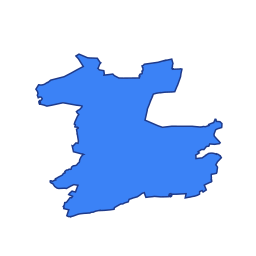 Zaļenieku pag., Jelgava, Latvia, rotated 342°
{"feature_id": "27541924B28600018737203", "entity_name": "Zaļenieku pag.", "entity_type": "district", "adm_level": 2, "iso_a3": "LVA", "parent_name": "Latvia", "parent_adm1": "Jelgava", "projection": "equal_earth", "projection_center": [23.49, 56.518], "detail": "fine", "context": "isolated", "style": "filled", "palette": "blue", "viewbox_px": 256, "rotation_deg": 342, "n_neighbors": 0, "source": "geoboundaries", "source_scale": "gbopen_adm2", "svg_char_len": 5449}
<svg xmlns="http://www.w3.org/2000/svg" viewBox="0 0 256 256"><g transform="rotate(342 128 128)"><path d="M198.1,198.4L199.0,197.3L199.7,195.6L200.8,193.5L201.0,192.8L200.2,190.1L202.5,187.9L202.8,187.7L207.6,185.1L207.3,183.7L207.1,183.6L207.2,183.0L205.4,180.8L204.2,179.9L204.0,180.3L202.5,179.1L201.5,178.5L200.0,177.8L199.0,177.5L196.8,177.1L193.8,177.9L193.5,177.9L193.5,178.1L189.1,179.4L188.2,179.1L183.2,178.1L183.4,177.3L183.7,176.6L184.0,174.7L186.9,174.0L188.0,173.7L187.3,172.3L191.1,171.2L192.6,171.6L193.5,172.0L196.9,169.8L199.2,170.3L200.8,168.4L205.3,170.3L208.4,170.8L209.8,171.1L210.1,171.1L211.1,170.5L210.3,168.5L209.1,166.0L207.5,162.3L207.9,160.4L210.8,156.8L211.8,156.6L213.2,156.4L217.2,156.5L217.5,156.0L218.1,154.5L218.7,152.8L217.4,150.4L214.1,149.0L214.3,147.0L213.6,146.6L211.2,149.3L208.0,149.4L205.8,149.6L205.9,150.6L202.0,150.7L200.0,149.8L198.7,149.8L197.3,149.4L197.2,149.5L190.7,146.7L189.6,146.2L170.0,139.8L161.0,138.0L157.3,135.2L146.6,125.8L151.6,117.4L152.3,115.9L155.2,112.5L156.7,110.6L158.5,108.4L158.4,108.4L158.5,108.3L158.8,108.1L161.0,105.6L160.9,105.5L162.6,103.6L165.7,103.7L169.6,104.3L169.6,104.5L174.0,105.3L181.3,107.4L183.7,107.9L187.7,103.2L188.0,103.0L190.2,100.2L193.8,95.5L195.3,92.4L197.5,88.7L196.4,88.0L195.1,87.8L193.0,87.2L188.8,86.0L189.1,85.5L188.2,85.1L188.3,84.8L188.7,84.1L189.4,83.0L189.6,82.2L189.9,81.7L190.7,80.6L190.8,77.6L190.9,76.0L183.9,75.3L184.1,75.1L176.9,74.8L164.5,72.6L163.2,72.4L162.3,73.0L161.4,73.3L160.6,73.2L160.5,73.6L160.5,74.8L160.8,75.4L160.5,76.1L160.3,77.1L159.8,78.0L159.6,78.2L159.3,78.2L159.0,78.1L158.8,78.3L158.9,78.5L159.0,78.6L158.8,78.9L158.5,80.2L158.0,80.7L157.1,80.7L156.6,80.5L156.0,80.6L154.7,81.8L154.6,82.1L154.8,82.2L155.2,82.1L155.4,82.3L155.0,83.0L154.3,83.5L154.2,83.9L151.9,83.2L138.9,79.1L135.2,77.8L134.7,77.6L131.1,73.9L130.2,72.0L127.0,71.4L121.5,70.3L122.1,69.4L122.7,66.3L122.7,66.0L122.5,65.9L118.7,63.9L118.5,63.5L117.9,62.0L117.8,61.9L118.5,61.4L120.7,58.6L122.1,57.7L121.9,57.6L121.0,54.4L121.0,54.5L120.4,52.2L112.5,49.3L111.1,48.6L106.3,44.4L104.2,42.6L102.5,43.0L102.2,43.2L101.2,43.2L100.7,43.4L100.9,44.0L102.0,46.2L102.4,47.4L102.7,48.6L104.5,55.7L97.5,56.9L90.9,58.2L83.1,59.5L69.5,58.6L68.5,59.0L68.5,58.9L65.8,60.0L65.5,59.7L62.0,60.6L61.1,60.6L59.5,60.5L57.5,59.9L57.1,59.6L56.7,59.4L56.3,59.3L55.8,59.8L55.2,60.3L52.4,62.6L53.2,65.3L53.2,66.1L53.1,66.4L53.1,66.6L53.1,67.3L51.9,68.8L51.9,69.3L52.0,70.7L52.0,71.1L51.9,71.5L52.1,71.6L52.3,71.6L53.0,71.3L53.5,71.3L53.9,71.3L54.8,71.8L55.1,72.1L55.2,72.4L55.3,73.2L55.5,73.6L55.3,73.9L54.1,74.7L53.8,74.8L53.1,74.6L52.5,74.6L52.5,74.8L52.7,75.1L52.9,75.2L53.0,75.2L52.8,75.6L52.7,75.7L52.4,75.7L52.2,75.4L51.8,75.3L51.6,75.2L51.4,75.3L51.4,76.1L51.1,76.4L51.1,76.6L51.4,76.7L51.8,76.5L52.2,76.5L52.5,76.6L52.5,76.9L51.6,77.0L51.3,77.2L51.2,77.3L51.2,77.5L51.4,77.8L51.3,78.1L52.3,78.4L55.4,80.4L57.6,82.1L62.9,82.8L63.2,82.8L70.0,83.5L73.9,83.9L76.8,85.4L85.9,90.3L89.6,92.0L91.1,93.0L90.5,93.9L88.0,95.3L87.2,95.6L86.0,95.7L84.0,96.5L84.5,98.3L85.4,99.8L85.2,100.1L83.6,101.2L79.5,105.7L78.1,107.7L78.9,108.6L79.0,108.7L79.0,108.8L77.8,110.4L77.8,110.6L80.3,111.7L80.8,112.4L80.6,112.8L78.6,113.3L78.1,117.0L77.9,117.4L78.0,117.4L76.8,125.1L75.7,127.1L73.9,126.1L70.1,128.2L69.4,127.6L68.9,132.9L68.8,133.7L75.9,138.3L76.6,138.5L77.6,139.4L77.2,139.4L76.4,139.7L75.2,140.5L74.2,141.2L72.2,143.4L71.3,145.2L71.1,145.5L69.2,146.3L68.0,147.2L67.7,147.3L66.7,147.5L66.1,147.4L64.4,147.1L63.7,147.2L62.4,147.7L62.2,147.9L61.9,148.2L61.3,149.5L60.6,149.6L59.7,149.1L59.3,149.0L58.8,149.0L58.5,149.1L58.2,149.3L57.6,149.3L57.1,149.1L56.5,149.0L54.7,149.7L54.5,149.8L54.4,150.1L54.5,150.5L54.4,150.9L54.2,151.2L54.0,151.3L53.8,151.3L53.0,151.1L52.0,151.6L51.3,152.3L51.0,152.4L50.4,152.6L49.3,152.8L47.4,153.1L47.0,153.1L45.1,153.6L43.5,153.8L43.3,153.8L43.0,154.1L43.3,155.0L41.5,155.1L39.5,155.4L39.0,154.7L37.8,154.2L37.4,155.0L37.3,155.4L37.7,156.2L38.2,156.8L39.1,157.6L39.3,157.8L40.1,160.4L40.2,160.8L40.5,161.3L41.9,163.2L43.4,164.1L49.2,165.7L50.8,166.5L55.9,165.5L59.0,165.1L62.7,167.0L58.3,172.6L56.7,171.7L55.3,170.7L52.2,172.1L51.0,173.0L54.2,175.8L52.8,176.9L51.4,176.3L50.3,177.1L46.5,179.7L44.8,179.4L43.6,181.6L42.1,182.8L42.7,183.5L42.0,184.8L46.4,187.5L42.7,192.5L43.1,193.0L43.9,193.7L44.1,193.9L44.6,194.1L46.1,194.5L46.3,194.7L46.3,194.8L46.7,194.6L48.5,194.8L54.0,194.6L56.0,194.8L59.9,195.6L61.7,196.1L63.9,196.6L65.6,197.1L66.0,196.9L66.4,196.8L67.9,197.0L68.8,197.3L71.5,197.1L75.8,197.6L75.7,197.8L80.0,199.0L85.7,200.3L89.6,201.0L90.5,199.5L97.6,198.0L99.6,198.6L101.6,198.2L105.4,198.3L107.0,196.2L109.6,196.2L111.1,196.1L115.6,196.3L118.5,195.5L121.2,194.5L123.5,194.5L123.5,197.4L123.6,199.5L126.2,200.0L130.2,200.9L132.0,201.2L137.8,203.6L141.7,204.8L144.8,205.7L147.0,206.2L147.0,205.9L147.4,205.7L147.8,205.8L147.9,206.0L147.7,206.2L147.5,206.4L147.5,206.5L148.2,206.3L148.6,206.0L148.9,205.4L148.4,205.4L146.3,205.3L146.0,205.2L146.0,204.9L146.3,204.6L146.6,204.0L147.0,203.6L147.4,203.6L148.5,203.6L148.6,203.9L148.2,204.0L148.4,204.2L148.4,204.3L153.9,206.0L162.9,208.4L160.8,212.2L163.3,212.5L165.9,212.9L167.6,213.0L170.3,213.4L173.2,213.4L175.6,213.0L176.5,210.6L179.1,210.4L179.6,212.1L183.3,211.1L182.9,205.9L184.5,205.6L189.4,205.0L190.1,205.1L191.1,204.7L191.5,203.2L191.1,202.9L191.6,201.9L192.0,201.0L192.2,199.8L192.9,197.8L195.8,198.2L196.0,198.2L198.1,198.4Z" fill="#3b82f6" stroke="#1e3a8a" stroke-width="1.5"/></g></svg>